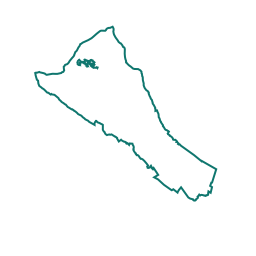 Ciceu, Harghita, Romania, rotated 60°
{"feature_id": "2599482B51103948485004", "entity_name": "Ciceu", "entity_type": "district", "adm_level": 2, "iso_a3": "ROU", "parent_name": "Romania", "parent_adm1": "Harghita", "projection": "robinson", "projection_center": [25.684, 46.388], "detail": "fine", "context": "isolated", "style": "outline", "palette": "teal", "viewbox_px": 256, "rotation_deg": 60, "n_neighbors": 0, "source": "geoboundaries", "source_scale": "gbopen_adm2", "svg_char_len": 5607}
<svg xmlns="http://www.w3.org/2000/svg" viewBox="0 0 256 256"><g transform="rotate(60 128 128)"><path d="M222.3,107.3L222.6,107.2L223.1,107.5L223.7,107.2L224.3,106.4L224.4,105.8L224.2,105.1L223.8,104.9L223.8,104.2L223.4,102.4L222.7,102.0L222.2,102.0L222.0,101.0L221.4,99.8L222.0,99.8L222.5,99.3L222.3,98.9L222.7,97.7L224.5,95.7L224.6,95.8L225.5,94.9L225.4,94.6L225.7,93.9L225.4,93.7L225.9,92.1L224.6,91.0L224.4,91.1L223.1,90.0L225.4,88.8L221.2,84.8L219.2,85.8L217.1,83.3L217.3,83.1L217.3,82.5L207.8,72.2L193.4,80.6L193.6,80.9L184.4,84.4L169.8,91.0L168.1,91.4L167.6,92.4L167.1,92.6L167.0,92.0L166.8,91.9L165.1,92.4L164.6,92.3L164.3,92.9L164.0,92.5L163.5,92.4L161.9,92.9L161.5,93.7L160.7,94.7L160.4,94.7L159.6,94.4L159.3,94.5L158.6,94.4L157.2,94.8L156.0,95.4L155.7,95.7L155.2,95.5L153.4,96.4L153.1,96.2L152.6,96.3L151.6,94.4L150.9,94.6L150.6,94.8L150.5,95.0L149.2,95.5L148.8,96.0L148.2,96.4L147.0,96.6L145.3,96.5L144.3,96.8L143.7,96.8L143.2,96.3L141.1,96.5L139.6,96.6L139.3,96.4L137.8,96.5L135.4,95.9L134.1,96.0L131.6,94.8L130.6,94.5L128.7,94.4L127.5,94.1L127.2,94.1L126.9,95.7L125.4,94.8L124.7,94.8L124.1,94.3L120.9,94.2L119.2,94.4L118.1,93.8L117.8,93.9L115.8,93.3L113.9,93.6L112.7,93.3L111.3,93.3L108.6,92.9L108.3,92.6L107.6,92.5L107.5,92.3L105.8,92.5L104.5,93.2L102.2,93.5L101.3,93.5L98.9,93.1L97.2,92.1L94.3,91.3L92.7,90.6L92.2,90.2L90.7,89.7L90.4,89.8L87.8,88.8L87.3,88.9L86.0,88.2L84.2,88.5L82.0,89.8L80.2,92.8L79.1,93.9L76.2,94.9L74.3,95.8L72.2,96.4L71.3,96.5L70.4,96.9L69.7,96.7L69.4,96.3L68.8,96.1L67.1,95.8L65.0,95.1L62.0,93.7L58.1,91.3L56.9,91.0L56.3,91.0L55.4,91.7L54.5,91.7L53.9,91.5L51.2,91.9L50.6,92.4L48.8,93.1L47.0,93.1L43.4,93.5L40.2,93.4L38.9,93.1L37.0,92.4L36.0,91.5L34.9,90.9L33.6,90.7L32.6,90.7L32.3,93.5L31.5,95.0L31.4,96.4L31.6,97.3L32.2,98.2L32.4,99.1L30.6,102.0L30.2,102.8L30.1,104.0L30.7,108.0L31.6,112.4L32.0,114.7L32.0,118.5L31.4,124.5L31.7,126.9L31.5,127.3L32.9,129.2L33.4,130.6L35.2,133.3L35.6,134.2L35.9,135.7L37.1,137.1L37.7,138.0L38.2,138.3L38.8,139.5L39.4,141.4L40.6,144.6L41.1,145.6L41.6,146.4L42.1,147.7L42.3,148.8L41.9,150.7L42.0,151.2L42.4,151.7L42.8,153.0L44.8,154.0L46.1,154.4L47.0,155.9L47.0,156.3L46.7,157.1L47.0,158.3L45.8,162.1L43.2,166.5L41.3,171.8L40.3,172.5L39.3,172.8L38.0,174.0L35.7,176.5L35.1,176.8L34.7,178.9L34.0,180.2L34.0,180.9L34.6,180.9L35.7,181.5L39.0,182.4L39.9,182.5L40.5,182.8L42.0,182.2L44.7,183.4L47.2,183.8L49.7,182.7L50.8,182.4L51.7,181.8L53.0,181.3L56.8,180.3L57.2,180.0L57.7,179.3L59.6,178.6L60.4,178.2L60.3,177.5L60.5,177.5L62.2,175.5L62.5,175.1L67.3,173.3L68.9,173.4L71.0,172.7L72.1,172.5L73.0,172.1L74.4,171.3L75.7,170.9L76.6,170.2L77.2,170.1L79.7,169.7L80.4,169.2L83.6,167.5L84.5,166.8L84.4,166.7L85.3,166.2L86.4,166.0L87.1,165.4L89.3,164.6L91.1,164.2L93.9,162.3L94.9,162.0L96.0,161.8L98.0,160.9L99.1,160.7L101.8,158.9L103.2,158.6L108.6,155.4L108.2,155.2L107.7,155.3L106.4,153.6L106.4,153.2L105.8,152.2L106.0,151.9L107.1,151.7L108.2,151.3L109.6,150.0L110.2,149.8L112.2,148.4L112.7,148.2L117.0,150.7L119.0,150.7L119.9,150.3L120.6,150.5L122.0,150.5L123.6,149.8L123.9,148.4L124.4,147.2L124.9,146.9L125.3,145.5L125.8,145.2L129.1,143.5L129.1,143.3L129.2,143.2L130.9,142.5L131.0,142.7L131.6,142.7L135.1,142.7L134.7,139.9L135.3,139.8L137.6,138.5L138.9,137.2L140.8,137.1L141.2,136.2L140.7,136.2L141.2,135.9L142.0,135.8L143.2,135.5L142.8,135.0L142.7,134.5L142.3,134.2L143.8,132.0L144.9,132.3L146.6,132.3L147.7,132.7L148.3,133.3L149.1,133.6L149.1,134.0L150.2,134.4L152.7,134.3L153.3,134.2L153.8,133.9L154.4,134.0L154.5,134.2L155.4,134.1L155.9,134.0L156.0,133.5L156.6,133.0L158.2,132.6L159.1,132.7L161.0,132.4L161.2,131.9L162.4,131.0L164.7,130.3L167.9,129.7L170.3,129.4L170.6,129.4L171.0,130.2L171.0,130.6L172.3,130.9L172.9,130.1L173.0,129.7L172.8,128.5L172.2,127.0L174.4,127.1L174.5,127.5L176.0,127.1L175.5,126.5L175.3,125.8L183.7,125.3L183.8,130.0L187.5,127.7L195.1,125.3L202.9,121.7L203.8,121.2L203.7,119.4L208.7,117.4L208.2,116.8L207.2,115.1L205.9,111.7L218.3,110.5L220.3,109.4L222.3,107.3ZM58.6,127.8L55.8,129.0L55.2,128.9L55.2,128.7L54.9,128.8L55.0,128.6L55.3,128.5L55.2,127.9L54.4,127.7L54.4,128.3L54.7,128.5L54.4,128.5L54.4,128.8L54.3,127.7L54.1,127.7L54.1,128.3L53.1,128.9L52.5,128.5L52.1,129.0L51.4,130.2L51.8,130.4L52.3,130.9L52.5,131.5L52.9,131.3L53.2,131.6L53.8,131.7L53.2,132.1L54.3,132.6L55.2,133.1L53.3,132.2L53.2,132.4L53.1,132.2L52.4,131.7L52.2,131.9L52.6,132.1L51.8,132.9L51.6,132.7L51.2,132.7L51.0,132.9L50.9,132.5L49.5,132.8L49.6,133.1L49.2,133.1L49.3,133.5L49.6,133.5L49.5,133.8L48.7,133.8L48.4,135.1L47.3,136.3L47.3,136.9L47.6,137.2L48.8,137.5L48.8,138.4L49.4,138.4L48.9,139.1L47.7,139.7L47.2,139.6L46.8,139.1L46.3,138.8L45.9,139.0L44.9,137.9L44.7,136.8L44.5,136.5L44.5,136.1L46.9,135.7L47.7,134.6L48.5,134.5L48.6,133.0L49.0,132.3L47.9,131.6L47.1,131.5L47.1,131.3L47.5,130.9L48.0,131.1L48.1,130.9L48.5,131.0L48.5,130.9L48.5,130.3L48.7,130.1L48.8,130.2L48.7,130.1L49.0,129.9L49.3,129.9L49.4,130.0L49.5,129.9L49.8,129.2L50.5,128.3L50.7,127.7L50.9,127.6L50.6,127.4L50.6,127.0L51.1,126.9L51.1,126.2L50.7,126.4L50.5,126.2L50.7,125.7L51.2,125.5L51.2,125.2L51.2,125.5L51.8,124.9L52.3,125.1L52.2,125.3L53.0,125.0L52.8,124.8L53.4,124.7L53.5,124.5L54.2,124.3L54.2,124.5L54.4,124.4L54.5,124.6L54.5,124.9L54.9,125.0L55.3,125.8L57.3,125.1L56.3,125.5L56.0,125.7L56.0,126.0L55.2,126.0L54.8,126.0L54.7,126.2L55.0,126.6L55.9,126.8L56.0,127.2L56.9,127.2L56.8,127.8L55.8,127.7L55.7,127.9L56.0,128.0L56.0,128.4L56.2,128.8L58.6,127.7L58.8,127.4L59.0,126.6L59.7,125.9L59.8,125.4L60.4,124.7L60.0,124.5L60.4,124.1L60.8,124.6L60.4,124.7L59.9,125.4L59.7,125.9L59.0,126.6L58.9,127.5L58.6,127.8Z" fill="none" stroke="#0f766e" stroke-width="2"/></g></svg>